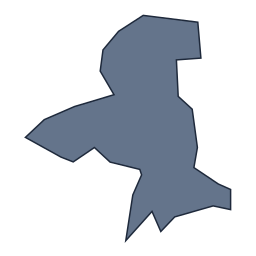 map outline of Saint John (Albers equal-area conic projection)
{"feature_id": "ATG-5098", "entity_name": "Saint John", "entity_type": "Parish", "adm_level": 1, "iso_a3": "ATG", "parent_name": "Antigua and Barbuda", "parent_adm1": "", "projection": "albers", "projection_center": [-61.826, 17.106], "detail": "fine", "context": "isolated", "style": "filled", "palette": "slate", "viewbox_px": 256, "rotation_deg": 0, "n_neighbors": 0, "source": "natural_earth", "source_scale": "10m", "svg_char_len": 488}
<svg xmlns="http://www.w3.org/2000/svg" viewBox="0 0 256 256"><path d="M73.2,161.9L61.0,157.1L25.4,137.4L44.3,119.6L74.6,106.5L114.0,94.7L100.2,71.1L103.0,49.9L118.6,31.3L143.2,15.4L197.8,22.2L200.9,58.1L176.4,59.9L178.2,96.4L192.2,109.2L197.4,147.5L193.9,167.6L218.3,184.0L230.6,189.5L230.6,209.6L213.1,205.9L174.7,216.9L160.8,231.5L152.0,211.4L125.8,240.6L132.8,195.0L141.6,174.9L139.8,169.4L110.1,162.1L94.4,147.5L73.2,161.9Z" fill="#64748b" stroke="#1e293b" stroke-width="1.5"/></svg>